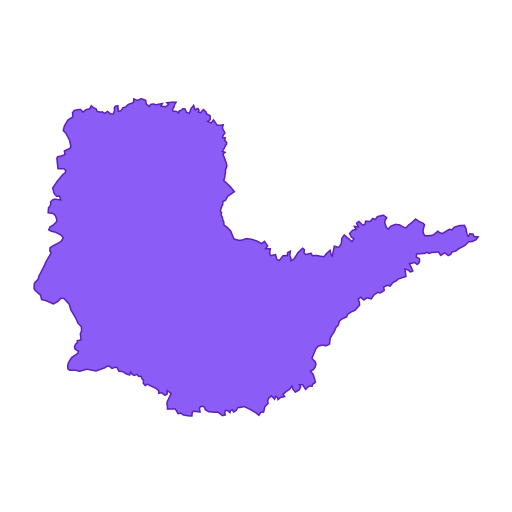 the district of Santana da Boa Vista, Rio Grande do Sul, Brazil, rotated 89°
{"feature_id": "56859067B73250631934504", "entity_name": "Santana da Boa Vista", "entity_type": "district", "adm_level": 2, "iso_a3": "BRA", "parent_name": "Brazil", "parent_adm1": "Rio Grande do Sul", "projection": "orthographic", "projection_center": [-53.19, -30.741], "detail": "fine", "context": "isolated", "style": "filled", "palette": "violet", "viewbox_px": 512, "rotation_deg": 89, "n_neighbors": 0, "source": "geoboundaries", "source_scale": "gbopen_adm2", "svg_char_len": 5827}
<svg xmlns="http://www.w3.org/2000/svg" viewBox="0 0 512 512"><g transform="rotate(89 256 256)"><path d="M106.3,429.1L107.2,435.1L109.6,437.0L113.6,436.6L116.9,441.8L122.8,445.4L127.3,446.5L130.0,443.9L137.0,440.4L143.2,439.2L145.1,440.1L147.6,445.8L151.3,445.2L152.9,449.8L153.2,452.6L155.0,453.4L165.2,452.5L165.5,446.3L167.2,444.7L169.6,445.4L170.9,447.4L177.6,453.3L184.4,458.1L189.6,456.9L192.9,454.2L192.6,451.5L196.6,450.2L195.6,456.2L196.4,458.5L198.4,460.5L200.5,460.2L202.4,461.0L204.0,462.6L209.2,463.1L209.9,458.2L212.3,455.8L215.8,454.6L218.3,454.8L221.4,458.0L223.3,461.4L226.3,462.8L227.7,460.2L228.7,456.1L231.8,450.4L234.3,448.4L237.7,450.4L239.6,453.3L242.2,458.8L244.3,461.9L247.5,462.0L249.3,460.7L257.6,465.8L263.1,468.4L272.5,473.5L275.1,474.1L279.5,478.1L284.6,478.5L286.6,477.4L291.5,472.0L295.8,471.2L297.0,466.8L300.4,459.4L297.8,454.6L294.9,451.9L295.1,448.7L301.1,443.5L306.4,442.2L312.5,438.7L316.3,436.6L319.7,435.4L323.8,431.8L327.9,431.8L330.8,433.0L336.9,432.4L337.5,436.2L339.5,436.0L340.7,437.7L343.5,439.1L345.9,438.6L348.3,435.2L350.3,436.0L353.9,441.6L355.5,443.0L359.7,445.5L362.3,446.2L365.5,446.1L366.9,444.5L367.0,438.5L368.2,434.4L366.2,427.0L368.2,418.0L365.0,408.8L363.7,406.9L363.5,404.6L366.0,401.9L364.8,399.2L365.2,396.7L368.7,395.2L369.4,391.0L371.7,387.7L372.8,384.4L369.9,383.3L372.0,382.0L373.3,380.0L372.3,376.9L374.3,375.4L374.4,372.7L376.4,372.4L378.3,370.7L381.3,370.9L383.7,369.0L382.3,366.9L384.7,362.1L386.8,358.1L388.9,355.7L391.6,355.6L391.0,352.8L393.8,349.3L392.4,347.2L389.0,347.2L392.0,343.3L400.1,347.3L402.4,347.7L404.4,347.2L407.5,347.2L407.5,339.4L412.3,336.6L411.8,333.8L413.6,331.6L414.4,327.7L414.8,325.2L414.8,322.8L411.3,322.6L410.1,321.0L411.0,314.7L406.7,315.2L405.2,312.9L406.1,310.1L408.7,309.5L410.8,306.1L411.4,301.2L411.6,296.7L415.0,292.3L414.4,289.5L412.1,290.1L409.9,289.2L410.1,287.0L412.1,284.8L410.2,284.3L409.3,282.4L411.6,281.1L410.1,278.6L407.3,276.9L407.1,274.1L406.3,270.5L408.2,266.6L410.3,262.7L412.6,259.1L415.3,255.9L412.2,253.8L412.2,251.1L406.9,249.8L403.6,246.5L401.3,246.8L398.8,246.2L396.1,243.0L399.5,239.9L396.7,238.9L398.1,236.9L400.0,236.5L397.9,234.0L397.1,229.9L394.6,231.3L392.1,228.2L390.4,225.6L389.0,224.1L386.7,222.5L390.2,221.1L392.8,219.0L390.6,215.1L387.5,213.6L385.5,214.9L385.5,211.7L390.2,208.7L387.0,205.3L387.2,202.2L385.3,201.7L383.5,198.9L380.5,199.4L376.9,200.4L374.9,201.2L372.0,203.6L370.8,200.9L368.6,199.0L365.0,197.9L362.5,198.8L361.2,200.3L359.1,201.8L349.9,197.8L347.2,195.4L346.1,190.9L347.1,187.7L345.3,184.0L339.7,183.3L336.4,181.5L333.8,179.6L331.1,178.2L328.6,177.1L326.5,174.9L322.7,173.9L320.6,171.5L318.5,166.5L315.8,165.4L313.5,161.6L312.0,158.0L307.0,153.3L304.3,153.4L300.8,154.5L299.1,151.9L301.8,149.1L299.7,145.5L300.9,141.5L296.8,138.6L294.6,135.1L295.1,132.4L292.7,128.4L289.2,128.9L287.6,125.0L288.5,122.4L284.7,119.4L283.6,116.7L281.4,114.1L279.1,106.4L271.6,107.3L272.7,104.1L274.7,101.9L273.7,99.4L266.3,102.7L265.9,100.0L265.3,97.3L267.3,95.1L266.1,93.4L264.0,92.5L261.6,92.7L259.8,95.7L256.8,95.4L256.3,86.9L255.2,84.9L256.5,83.0L255.5,80.1L255.5,77.0L255.0,73.6L258.6,71.3L256.1,67.2L258.9,63.8L257.8,61.3L255.5,60.1L254.4,56.0L252.3,53.2L249.1,46.9L245.5,43.2L245.3,39.6L243.7,35.9L240.8,33.5L240.4,37.7L237.9,38.6L237.4,41.8L240.1,43.3L238.3,44.6L231.7,45.7L229.0,47.1L229.1,52.1L230.7,57.2L233.3,59.7L232.6,62.0L234.0,64.6L236.8,69.3L235.8,72.2L234.3,73.7L238.0,78.2L238.6,80.8L238.7,86.8L235.8,88.4L233.2,88.5L227.6,87.0L226.0,88.6L224.6,92.0L221.8,95.8L225.3,99.6L227.5,102.7L230.4,105.5L229.9,107.8L227.4,111.9L226.8,116.2L228.6,120.8L231.4,123.4L229.8,125.1L224.8,126.7L222.7,126.3L220.0,124.6L217.4,127.9L218.7,133.9L221.4,135.8L220.5,138.7L223.4,141.1L223.1,145.8L226.2,146.5L227.2,148.6L223.2,152.6L225.0,154.9L228.6,153.1L228.1,157.2L231.0,155.3L232.0,159.0L235.2,162.1L238.8,160.3L240.3,157.7L243.2,159.8L236.5,167.4L239.8,169.9L245.1,170.5L248.9,173.0L247.5,177.5L257.5,179.8L255.6,181.1L251.6,181.7L254.9,185.7L257.9,187.9L257.3,191.8L256.5,195.3L256.7,199.5L254.2,201.0L255.4,206.5L253.4,208.0L250.6,207.5L249.0,209.2L253.4,214.0L259.6,218.0L261.4,221.1L259.3,221.1L256.1,222.2L251.8,221.6L253.2,224.3L256.2,224.7L256.1,228.8L260.9,232.8L259.8,235.2L254.9,236.5L255.9,241.1L254.0,242.4L249.0,241.6L248.9,246.2L246.1,244.2L243.9,245.7L241.5,247.3L243.7,250.2L241.3,254.2L239.3,259.7L238.4,265.2L239.8,269.6L240.1,272.7L238.6,277.7L233.7,279.7L230.6,280.8L226.6,284.5L224.5,287.5L221.3,287.6L219.5,288.5L216.7,289.0L214.0,290.3L212.1,289.6L210.6,290.9L207.0,289.9L204.2,288.4L200.9,288.1L199.9,285.6L195.9,283.4L191.3,276.5L189.5,277.9L186.1,280.6L184.3,282.4L182.3,284.4L180.0,287.0L177.8,286.1L174.8,285.7L172.6,285.1L169.3,285.0L165.6,283.5L162.7,284.1L159.2,285.2L153.5,287.3L151.8,285.1L150.8,287.8L147.8,285.9L145.4,284.8L143.8,283.5L141.9,283.4L139.8,285.3L137.4,284.6L137.1,287.4L134.8,286.8L132.6,284.9L129.5,286.4L127.4,287.4L124.2,286.5L124.7,288.8L124.5,292.7L122.5,293.9L119.2,296.2L122.2,298.5L120.5,302.0L118.9,299.4L115.0,299.4L112.9,303.0L111.0,303.5L108.6,306.0L111.7,308.9L111.3,311.1L109.4,310.4L107.4,311.5L108.8,314.4L104.3,315.7L107.5,318.4L112.3,320.2L111.0,323.1L107.7,324.4L107.5,326.7L109.0,328.0L109.6,330.3L111.6,330.8L110.1,333.0L109.7,336.4L107.9,336.9L105.8,335.4L103.0,334.7L100.9,333.2L100.7,336.6L101.2,342.4L102.8,340.8L105.2,343.6L104.5,348.5L101.9,347.0L103.1,353.7L102.2,355.7L102.6,358.8L104.7,360.0L102.2,363.0L98.4,363.6L96.7,368.1L98.4,371.7L96.8,375.5L100.4,375.8L102.3,381.2L104.8,383.8L105.4,386.5L108.4,388.4L108.9,391.1L105.8,391.4L103.4,391.4L103.7,394.0L105.7,395.2L107.6,394.8L111.6,396.3L111.5,398.9L108.8,401.9L110.8,404.9L109.2,407.0L109.4,409.6L108.6,412.3L106.1,413.3L104.7,416.2L102.9,418.1L106.0,419.7L106.7,423.5L109.0,426.4L106.3,429.1Z" fill="#8b5cf6" stroke="#5b21b6" stroke-width="1.5"/></g></svg>